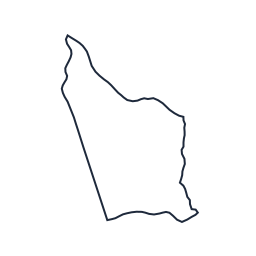 Divisa Alegre, Minas Gerais, Brazil (Albers equal-area conic projection), rotated 168°
{"feature_id": "56859067B20750472426089", "entity_name": "Divisa Alegre", "entity_type": "district", "adm_level": 2, "iso_a3": "BRA", "parent_name": "Brazil", "parent_adm1": "Minas Gerais", "projection": "albers", "projection_center": [-41.381, -15.712], "detail": "fine", "context": "isolated", "style": "outline", "palette": "slate", "viewbox_px": 256, "rotation_deg": 168, "n_neighbors": 0, "source": "geoboundaries", "source_scale": "gbopen_adm2", "svg_char_len": 1321}
<svg xmlns="http://www.w3.org/2000/svg" viewBox="0 0 256 256"><g transform="rotate(168 128 128)"><path d="M167.4,42.2L162.9,42.2L159.1,42.4L155.1,43.5L150.8,44.6L146.7,44.8L142.0,44.8L137.0,44.3L131.9,43.1L128.7,41.6L125.2,39.6L120.5,38.0L115.0,37.8L111.7,38.0L108.3,38.0L105.1,36.5L102.3,32.9L99.1,28.1L94.8,24.9L89.1,26.1L84.0,27.9L80.1,29.0L77.3,30.7L78.8,34.1L82.6,35.4L83.2,40.6L82.5,44.6L84.3,48.3L84.5,52.6L84.8,56.5L85.8,60.0L88.6,63.7L86.5,67.3L84.8,70.6L83.8,74.2L82.0,77.6L79.9,81.0L79.2,86.1L80.6,91.4L80.1,95.5L77.6,98.2L76.7,102.4L75.5,106.1L74.1,109.2L73.4,112.7L72.9,116.5L71.4,120.0L72.1,123.9L71.5,127.4L75.5,129.4L79.5,132.8L83.6,137.2L86.3,141.2L88.9,145.0L92.9,149.0L97.0,151.9L102.5,152.2L106.0,153.7L109.4,153.5L113.0,152.8L117.8,153.2L122.9,155.5L125.9,158.8L127.9,161.6L130.3,164.5L132.6,168.3L135.6,173.4L138.2,177.1L141.4,180.6L145.0,185.1L148.1,189.8L150.6,196.3L151.5,205.8L152.3,211.3L153.6,214.4L155.2,217.8L157.7,221.2L160.5,224.1L164.2,227.6L167.8,231.1L170.3,227.6L170.1,223.1L168.7,219.4L167.5,215.9L167.9,212.2L169.5,209.0L171.9,205.8L174.9,202.2L176.9,199.5L177.5,195.8L176.7,191.6L178.1,188.5L180.7,185.8L183.0,183.2L184.6,180.2L184.4,175.9L183.5,171.7L181.6,166.3L178.7,149.6L178.1,143.1L177.4,136.6L175.6,118.2L167.4,42.2Z" fill="none" stroke="#1e293b" stroke-width="2"/></g></svg>